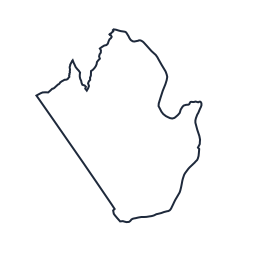 Tabatinga, Amazonas, Brazil (Mercator projection), rotated 315°
{"feature_id": "56859067B95161985484983", "entity_name": "Tabatinga", "entity_type": "district", "adm_level": 2, "iso_a3": "BRA", "parent_name": "Brazil", "parent_adm1": "Amazonas", "projection": "mercator", "projection_center": [-69.622, -4.029], "detail": "fine", "context": "isolated", "style": "outline", "palette": "slate", "viewbox_px": 256, "rotation_deg": 315, "n_neighbors": 0, "source": "geoboundaries", "source_scale": "gbopen_adm2", "svg_char_len": 3288}
<svg xmlns="http://www.w3.org/2000/svg" viewBox="0 0 256 256"><g transform="rotate(315 128 128)"><path d="M163.6,191.3L167.4,190.1L168.9,188.7L170.7,187.2L171.3,186.3L172.8,184.1L175.7,178.3L179.4,171.9L181.0,170.3L183.1,169.0L183.8,168.7L186.4,167.5L188.4,167.0L192.8,165.2L194.6,164.6L196.1,163.8L197.4,162.4L197.8,161.2L197.6,160.3L196.9,159.8L196.0,159.6L195.4,158.8L195.0,157.9L194.3,156.9L193.4,156.5L192.4,155.7L191.4,154.4L190.6,153.8L189.1,154.1L188.1,154.5L187.0,154.1L186.3,153.4L185.3,152.6L184.2,152.0L183.2,151.5L182.3,151.5L181.0,151.6L179.5,152.0L178.4,152.2L176.0,153.5L175.2,153.9L174.0,154.0L172.3,154.1L171.0,154.0L169.6,153.9L168.0,153.7L166.0,152.6L164.7,150.7L164.0,148.8L163.2,146.4L162.8,143.0L163.2,140.0L164.0,137.6L165.1,134.1L167.1,132.4L171.8,129.9L178.8,126.3L185.4,123.5L189.2,121.5L191.9,119.6L193.2,117.5L194.3,115.2L194.7,114.1L196.4,107.2L198.1,101.1L198.8,98.8L199.3,95.9L199.2,94.4L199.0,90.2L199.4,82.9L199.6,78.4L199.5,77.3L199.2,76.0L198.9,75.2L198.4,74.4L197.6,73.7L196.9,73.5L193.6,71.3L192.7,70.1L192.4,69.0L192.2,68.0L192.3,66.8L192.6,65.4L193.3,63.4L193.6,62.1L193.9,60.9L194.2,59.4L194.2,58.6L193.9,57.8L192.9,56.4L191.4,54.4L190.2,52.3L189.0,50.0L187.6,48.1L186.5,48.1L186.2,49.1L185.4,49.2L184.4,49.0L183.1,49.1L181.9,48.7L181.1,48.7L181.0,49.6L181.4,50.3L181.2,51.3L180.9,52.0L180.1,52.2L179.3,52.4L177.7,52.2L175.5,53.0L173.4,54.1L171.4,54.1L169.5,52.9L167.0,52.3L164.3,51.9L163.8,53.9L162.0,55.5L160.1,55.8L158.2,56.9L157.1,59.1L155.0,59.1L152.7,59.4L150.9,60.7L148.9,61.5L146.7,61.9L144.2,62.0L142.1,61.6L138.8,64.7L136.7,65.6L135.3,67.2L133.4,67.3L131.3,68.2L130.1,70.7L127.7,71.8L126.0,72.2L125.3,72.4L125.6,69.9L127.4,69.1L127.4,67.2L126.3,65.2L127.1,63.2L128.2,61.6L129.0,59.4L130.1,57.7L131.6,56.2L133.3,54.9L133.7,52.7L133.8,50.2L134.1,47.8L135.0,45.5L135.7,43.4L136.8,41.0L135.8,41.1L134.8,41.5L133.7,41.8L132.8,42.1L132.0,42.3L131.2,43.0L130.1,43.5L129.5,44.0L129.0,44.7L128.5,45.5L127.8,46.1L126.9,46.7L126.3,47.6L125.5,48.0L124.8,48.2L124.4,48.9L123.6,49.1L123.1,49.9L122.6,50.4L121.5,50.4L120.5,50.7L119.2,50.5L118.3,50.0L117.4,49.1L116.4,48.8L115.6,48.6L114.4,48.2L113.2,48.0L112.2,47.8L111.3,48.1L110.1,48.1L109.0,47.7L108.2,47.7L107.4,47.7L106.2,47.6L105.0,47.6L103.9,47.5L103.1,47.3L102.2,46.7L99.3,46.6L96.7,46.4L95.0,44.5L92.8,42.5L90.9,41.7L88.6,41.0L86.2,40.3L80.9,70.2L74.5,105.6L71.8,120.6L67.2,145.2L64.9,157.3L62.3,171.0L61.8,173.4L61.3,175.8L59.2,175.8L58.5,176.8L57.3,178.6L57.0,180.3L56.9,181.4L56.8,182.6L56.7,183.5L56.6,185.2L56.4,188.5L58.5,190.2L59.3,191.7L60.4,193.5L62.3,195.1L63.5,195.3L64.7,195.3L65.7,195.1L67.3,195.6L68.6,196.4L69.4,197.0L72.0,198.6L73.0,199.3L73.7,199.8L74.4,200.3L75.0,200.9L77.4,203.2L78.2,203.9L81.1,206.0L82.0,206.7L83.1,207.4L84.4,208.1L85.8,208.6L87.1,209.0L88.0,209.6L89.8,210.7L91.3,211.6L92.8,212.3L93.9,212.8L95.1,213.5L96.8,214.5L97.7,215.2L98.6,215.5L99.5,215.7L100.7,215.6L102.2,215.2L103.8,214.6L104.5,214.4L105.3,214.1L106.5,213.7L107.8,213.2L110.8,212.2L113.6,211.5L117.0,210.6L118.9,210.1L120.9,209.1L123.7,207.4L126.1,205.8L129.3,203.6L131.0,202.6L134.6,200.8L136.4,200.3L141.8,199.5L143.8,199.4L150.8,199.6L151.7,199.5L154.3,199.5L155.7,199.0L156.8,198.4L158.1,197.7L160.2,196.0L163.5,193.2L163.6,191.3Z" fill="none" stroke="#1e293b" stroke-width="2"/></g></svg>